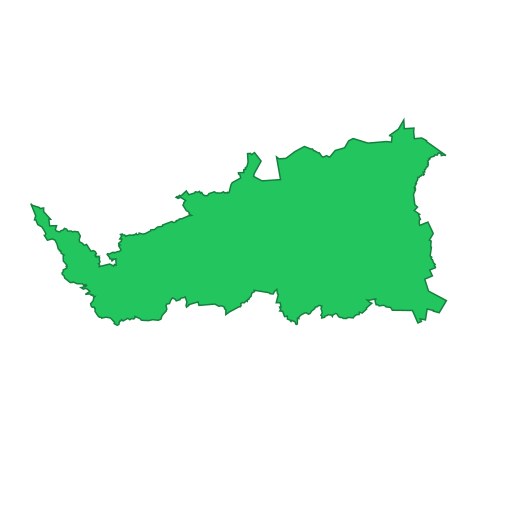 the district of Sombrerete, Zacatecas, Mexico, rotated 77°
{"feature_id": "50627088B37506773175318", "entity_name": "Sombrerete", "entity_type": "district", "adm_level": 2, "iso_a3": "MEX", "parent_name": "Mexico", "parent_adm1": "Zacatecas", "projection": "robinson", "projection_center": [-103.603, 23.575], "detail": "fine", "context": "isolated", "style": "filled", "palette": "green", "viewbox_px": 512, "rotation_deg": 77, "n_neighbors": 0, "source": "geoboundaries", "source_scale": "gbopen_adm2", "svg_char_len": 6083}
<svg xmlns="http://www.w3.org/2000/svg" viewBox="0 0 512 512"><g transform="rotate(77 256 256)"><path d="M167.6,204.9L166.5,211.7L164.1,213.7L187.1,214.9L184.1,233.4L177.9,240.4L175.2,239.1L164.7,229.7L154.9,234.2L156.3,237.6L154.8,238.3L154.3,241.2L162.7,242.6L166.8,244.7L167.8,246.7L169.1,246.5L169.1,248.5L171.9,249.1L170.9,254.4L172.4,254.5L173.7,253.3L176.6,253.5L179.2,262.7L181.1,264.4L188.2,268.0L187.5,269.6L188.2,270.0L187.1,272.2L187.4,272.7L186.1,273.4L186.8,276.0L185.6,280.5L184.1,282.1L184.6,287.7L186.2,289.6L185.8,292.0L184.2,294.0L181.9,294.6L182.4,295.8L180.3,296.5L180.8,298.3L179.8,300.6L180.8,301.8L181.2,307.6L176.9,309.3L180.4,315.2L180.5,315.9L179.7,316.7L180.6,318.5L180.3,319.9L180.9,320.7L182.4,318.8L181.9,317.0L182.4,315.7L186.1,312.1L187.6,314.3L188.8,314.6L190.0,315.8L196.3,313.6L197.1,312.3L198.9,311.3L200.0,311.8L201.9,309.8L201.7,312.8L203.0,319.6L202.7,322.3L203.5,323.4L203.6,325.7L204.2,325.6L204.7,326.5L204.9,328.8L203.5,330.2L204.8,340.0L206.0,340.5L205.6,345.4L207.4,348.8L206.9,352.7L207.8,353.1L209.3,359.0L209.2,361.3L207.5,364.6L208.0,364.6L208.7,366.5L207.9,367.8L207.3,367.7L208.3,370.6L207.8,370.9L207.7,373.4L207.1,374.0L207.4,378.7L206.1,379.1L205.5,380.9L204.5,381.3L204.5,383.2L206.3,382.4L208.8,384.9L209.5,382.4L209.7,383.3L211.1,383.8L212.8,387.0L213.9,387.1L214.8,386.0L215.3,387.5L219.7,386.1L221.0,388.4L220.5,389.4L221.1,393.3L220.6,393.3L220.2,394.9L221.1,398.4L220.4,400.2L221.1,400.7L224.0,399.2L226.0,398.9L226.8,396.6L228.7,398.0L227.3,395.3L227.2,393.2L233.3,394.3L232.4,395.8L233.8,396.8L230.9,400.4L231.1,411.2L229.7,410.4L228.0,411.1L228.0,410.3L226.2,409.2L224.1,409.6L222.7,408.8L221.6,409.5L221.1,408.9L220.6,410.9L221.2,411.9L219.6,412.6L219.1,411.8L218.2,412.1L217.8,411.0L215.7,411.6L214.2,413.1L214.2,415.8L206.6,418.5L207.0,421.1L204.8,422.1L202.5,424.7L200.4,424.6L197.0,422.7L192.5,423.9L191.2,427.4L191.2,429.5L190.2,430.2L189.3,434.0L187.3,434.4L186.0,436.4L187.4,438.2L187.4,440.2L188.4,441.9L186.7,444.9L185.1,445.6L181.6,443.5L180.2,450.3L173.7,449.6L174.0,447.9L165.1,452.9L161.4,452.1L161.2,455.7L160.0,456.2L156.4,462.4L154.4,463.6L167.2,461.6L171.0,463.7L171.3,462.4L176.3,461.6L179.5,458.1L182.7,456.9L187.1,455.7L188.4,456.8L188.3,457.6L193.7,455.7L193.5,450.7L195.4,448.2L199.8,447.2L204.7,447.1L205.6,446.0L206.6,446.4L207.4,445.0L209.4,445.3L211.9,442.8L212.4,443.8L217.5,444.9L222.6,442.2L223.4,442.4L223.4,443.3L225.2,443.0L226.2,447.0L227.5,447.0L228.9,448.8L230.2,448.9L232.4,447.4L234.4,447.4L240.1,443.0L240.5,440.7L240.1,440.0L242.7,436.7L244.1,431.3L246.7,430.2L246.4,429.0L245.5,429.1L245.5,428.3L246.7,427.7L247.4,429.7L247.4,433.7L249.5,431.6L249.2,429.7L249.9,428.2L253.0,425.8L255.0,430.9L255.5,426.8L256.6,425.1L257.2,425.3L257.3,423.7L258.9,423.6L259.2,422.1L259.9,423.3L263.2,424.9L265.3,427.9L267.6,427.9L269.1,427.1L269.2,425.4L271.0,425.0L271.0,424.5L273.8,425.3L278.4,423.6L280.2,422.6L281.2,420.4L281.8,420.4L281.9,415.8L283.7,411.7L288.9,408.7L290.0,409.4L292.2,406.9L291.9,405.1L289.0,403.7L288.9,402.5L287.7,401.4L289.4,400.2L287.9,394.9L289.7,393.3L289.0,391.2L289.9,389.2L288.8,387.7L287.7,387.5L290.9,383.1L292.7,382.2L293.4,380.2L294.8,375.1L294.8,371.1L296.6,365.7L296.2,362.9L292.9,360.9L289.3,355.8L287.6,354.8L283.9,354.8L282.7,353.6L282.9,351.0L280.1,349.2L278.1,346.8L279.9,344.5L281.8,343.8L281.4,339.8L280.6,339.5L280.1,337.9L280.4,335.6L279.9,334.3L285.2,333.6L288.4,335.3L290.2,335.2L288.9,332.5L288.3,332.5L287.7,322.8L291.3,322.7L293.6,306.9L296.6,303.5L296.8,300.6L298.8,298.3L300.4,298.5L301.5,297.4L306.3,298.6L304.6,294.7L301.6,283.7L302.0,282.9L301.1,281.7L299.0,281.6L298.3,279.5L299.0,278.1L297.3,275.3L298.2,274.7L296.5,273.8L296.5,272.6L295.3,271.9L294.2,269.9L291.2,268.4L290.3,265.4L289.0,265.4L294.7,251.5L295.9,250.8L296.9,247.8L294.7,245.9L293.2,243.2L297.6,243.6L298.5,242.9L306.1,246.8L306.9,243.0L311.4,243.1L311.1,244.5L313.9,244.0L314.9,245.2L315.9,242.5L321.5,241.8L321.7,239.0L324.5,239.6L326.6,236.5L327.0,237.0L327.7,236.6L326.9,235.4L328.9,232.8L331.4,232.5L331.9,231.7L331.5,231.0L325.9,229.6L326.7,228.3L325.2,227.9L323.7,225.8L322.5,221.5L322.6,219.9L324.5,218.0L324.3,216.4L322.1,214.1L320.5,210.6L319.1,209.7L319.3,208.1L318.3,205.9L318.9,204.2L319.9,203.7L319.2,202.6L321.8,204.5L326.0,204.1L328.4,206.1L329.4,205.3L331.2,205.9L331.2,202.9L330.0,202.3L330.0,200.1L329.4,198.7L330.7,195.6L332.1,195.2L330.8,194.3L329.9,191.5L330.6,190.2L333.7,189.1L334.9,187.8L335.2,186.0L336.5,185.0L337.3,181.7L336.6,180.6L336.9,178.9L338.2,175.1L337.0,174.0L335.8,171.3L336.2,168.7L334.0,168.0L335.5,165.4L332.5,160.1L331.5,160.2L328.1,153.8L326.5,155.9L323.9,157.5L324.6,156.0L324.7,149.3L324.9,148.9L326.3,150.1L330.6,149.9L330.7,148.5L332.3,147.3L332.7,143.0L334.0,140.9L334.8,140.8L336.4,136.4L339.5,135.4L344.3,115.8L357.7,113.3L357.0,109.6L354.2,110.1L356.4,105.3L346.2,101.2L349.0,95.3L349.6,95.6L352.5,90.3L342.3,80.5L329.0,95.8L316.5,96.8L315.1,88.6L308.7,89.9L307.8,83.9L307.3,83.6L305.5,84.4L304.5,83.3L302.6,84.6L299.2,84.9L298.6,85.7L296.8,85.8L296.6,85.1L295.1,86.3L286.8,83.1L286.2,83.7L280.8,82.0L279.5,83.5L274.2,78.4L273.4,78.3L261.6,80.9L263.0,89.5L261.2,89.7L257.6,88.7L257.4,87.6L252.5,88.4L252.2,87.2L247.3,91.6L244.7,87.6L241.7,89.7L231.5,88.7L227.5,85.8L227.2,86.4L226.3,85.7L226.0,86.3L225.2,85.6L224.8,86.3L221.6,83.5L221.3,84.1L217.8,81.2L215.8,80.8L216.2,79.4L215.1,78.5L215.2,77.4L214.1,75.5L214.9,74.6L214.2,73.7L212.1,74.3L212.1,72.7L209.7,72.3L209.6,71.3L207.6,69.9L207.6,68.7L205.5,67.5L204.8,68.1L204.0,67.2L202.0,67.3L200.8,65.2L200.2,65.6L200.2,64.6L199.5,64.6L199.0,62.9L198.9,60.1L197.7,58.9L198.5,56.8L196.5,55.0L197.7,52.9L199.9,52.8L199.8,50.5L200.8,48.3L182.8,64.2L182.0,63.8L178.3,68.0L177.3,75.3L170.7,74.5L166.9,73.3L165.3,82.9L156.7,81.4L164.4,88.7L168.4,98.4L168.8,98.7L170.1,96.5L175.5,98.4L173.8,103.2L171.2,121.5L163.4,134.9L164.6,139.8L170.5,145.3L171.0,155.1L176.3,162.0L174.1,164.7L174.8,168.3L173.7,169.5L169.7,171.1L169.6,172.1L166.7,175.2L166.5,176.0L164.4,176.9L164.1,178.5L160.2,184.2L162.9,194.2L167.6,204.9Z" fill="#22c55e" stroke="#15803d" stroke-width="1.5"/></g></svg>